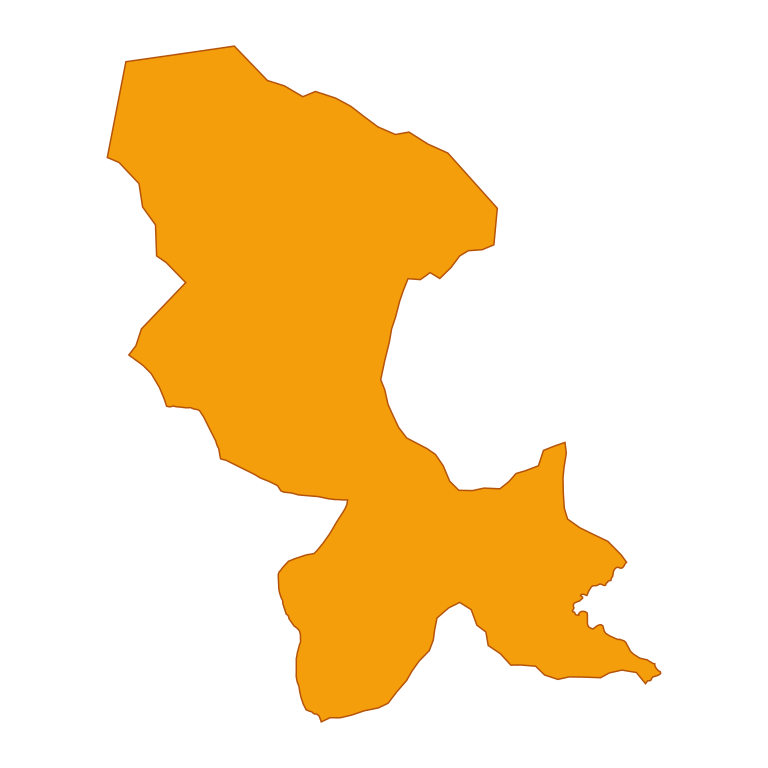 outline of Bahr-Köh, Moyen-Chari, Chad
{"feature_id": "50815135B48101754695472", "entity_name": "Bahr-Köh", "entity_type": "district", "adm_level": 2, "iso_a3": "TCD", "parent_name": "Chad", "parent_adm1": "Moyen-Chari", "projection": "orthographic", "projection_center": [18.409, 9.514], "detail": "fine", "context": "isolated", "style": "filled", "palette": "amber", "viewbox_px": 768, "rotation_deg": 0, "n_neighbors": 0, "source": "geoboundaries", "source_scale": "gbopen_adm2", "svg_char_len": 5368}
<svg xmlns="http://www.w3.org/2000/svg" viewBox="0 0 768 768"><path d="M141.4,329.0L135.9,345.8L132.5,350.2L128.8,355.0L142.9,365.3L151.3,373.7L159.4,387.4L164.2,398.9L166.6,406.2L167.0,406.3L168.8,406.7L169.0,406.7L169.9,406.9L173.1,406.1L176.6,406.8L181.6,407.2L182.5,407.4L184.6,407.6L185.2,407.7L186.1,407.8L187.6,407.8L188.0,407.8L190.6,407.6L192.6,408.5L193.8,409.0L195.4,409.2L197.5,409.6L199.5,410.6L203.8,417.1L205.1,419.8L207.9,425.4L210.1,429.8L211.0,431.7L211.4,432.4L212.3,434.1L213.2,436.0L215.8,441.1L216.1,442.4L216.3,443.0L216.4,443.3L216.9,444.9L217.6,446.5L218.7,448.5L219.8,455.0L220.3,457.7L220.6,458.8L223.7,459.7L223.9,459.7L226.1,460.3L226.5,460.5L229.1,461.8L243.6,469.0L254.1,474.2L260.4,478.0L264.2,479.5L268.5,481.2L268.8,481.4L269.0,481.4L275.9,484.8L277.6,485.7L280.8,490.8L283.0,491.8L283.6,492.1L284.7,492.2L291.6,493.0L295.3,494.0L298.4,494.9L309.8,495.9L311.2,496.0L314.9,496.3L317.7,496.5L321.6,497.3L326.8,498.4L328.6,498.8L331.6,499.1L335.5,499.6L339.1,499.6L341.9,499.9L347.6,499.9L346.8,504.8L345.2,508.4L343.2,511.8L336.5,522.2L332.4,529.3L331.0,531.6L329.5,534.1L322.6,543.8L321.7,544.8L321.0,545.7L317.5,550.0L316.7,550.9L316.7,551.0L315.9,551.7L314.2,553.3L313.9,553.6L310.6,554.2L307.8,554.6L305.0,555.3L295.1,558.6L288.4,561.3L287.4,562.5L286.7,563.1L285.6,564.3L282.8,567.4L282.1,568.3L280.4,570.7L279.5,571.5L279.4,571.5L278.2,574.5L278.3,575.5L278.3,578.0L278.7,585.6L278.7,587.0L278.8,588.9L279.5,592.5L279.7,593.3L280.0,594.1L281.0,597.3L281.6,598.6L282.6,600.4L282.9,603.9L284.5,608.7L285.7,612.4L286.1,613.9L286.3,614.1L286.9,614.5L287.2,614.8L287.9,615.3L288.6,616.7L289.0,618.7L294.0,625.9L297.2,628.3L299.2,630.6L299.4,630.8L299.7,631.8L300.4,634.4L300.5,640.6L300.6,641.9L300.6,642.0L300.1,643.2L299.6,644.3L299.3,645.5L298.8,647.4L297.8,651.1L297.4,652.4L296.7,656.8L296.5,657.5L296.3,658.3L296.3,661.9L296.3,672.6L296.2,675.7L296.2,676.6L296.3,677.0L296.8,680.0L297.3,682.2L298.2,684.3L298.9,686.5L299.2,688.0L299.7,691.4L301.2,698.1L301.6,699.2L302.9,703.0L303.3,704.2L304.1,705.7L306.1,709.8L310.0,711.4L311.2,711.6L311.4,711.7L311.5,711.7L313.4,713.3L314.4,714.0L316.5,714.0L317.6,714.7L319.2,716.2L320.9,720.8L321.3,721.9L330.0,717.7L340.0,717.8L351.6,715.1L364.2,710.8L378.4,707.9L388.0,703.3L396.8,691.8L406.6,680.5L412.1,670.9L419.0,661.2L429.3,650.6L433.3,640.0L434.6,630.1L437.0,618.0L448.8,607.8L459.7,602.4L471.2,609.6L476.9,625.2L485.9,632.0L488.2,645.5L500.4,653.7L510.8,665.1L520.7,665.0L535.6,666.2L544.6,675.0L557.9,679.4L569.1,676.9L583.7,677.1L600.6,677.7L609.4,672.9L621.9,670.1L636.4,672.5L645.5,683.7L647.6,680.8L650.1,680.7L650.9,680.0L651.1,679.9L651.2,679.6L652.0,677.9L653.1,676.9L653.3,676.8L657.7,675.5L660.1,674.1L660.7,673.2L660.4,671.8L659.3,671.2L658.6,670.9L657.4,669.6L656.2,668.3L655.0,665.9L654.8,665.5L654.8,663.8L653.0,663.5L650.8,662.1L650.7,662.1L647.1,659.8L646.9,659.7L646.7,659.7L643.6,659.1L643.3,659.0L639.3,658.0L639.3,657.9L633.3,654.0L630.4,651.2L629.4,649.2L626.3,643.4L625.8,642.3L625.0,641.7L624.0,640.8L619.1,639.2L618.8,639.4L618.1,639.6L614.6,638.1L614.1,637.9L609.0,635.5L606.5,633.8L605.6,633.2L605.1,632.4L604.3,631.3L602.9,625.9L601.0,624.7L599.6,624.8L597.3,625.7L595.3,627.2L592.9,629.0L591.3,628.4L590.8,628.2L588.4,626.7L587.5,624.1L587.4,621.9L587.4,621.7L587.4,617.5L587.4,614.8L587.2,613.0L586.0,612.2L585.4,611.7L583.1,611.3L581.4,611.5L581.2,611.5L579.6,612.6L578.6,614.1L578.8,615.2L578.3,615.1L578.0,615.0L577.8,615.0L577.1,615.0L576.4,615.0L575.8,614.7L575.4,614.4L574.5,612.2L573.5,612.0L572.7,611.8L572.4,611.1L573.6,608.7L574.0,607.9L573.8,607.5L573.4,606.5L573.4,604.6L574.3,603.1L578.2,601.3L579.1,601.3L580.7,599.9L582.6,598.3L582.6,598.0L582.6,597.7L582.6,597.4L582.6,597.2L582.0,596.7L581.2,596.2L580.9,595.9L580.5,595.4L581.1,594.8L581.4,594.4L583.6,594.3L586.9,595.5L587.7,593.5L589.1,590.4L590.7,587.9L591.4,586.8L591.8,586.6L592.8,585.8L594.7,585.7L596.3,585.7L599.7,584.1L601.4,584.2L602.9,585.0L603.0,585.0L603.4,585.2L604.5,585.5L604.7,585.4L605.6,585.2L605.9,584.1L606.0,583.9L606.2,583.1L607.5,582.4L608.3,580.9L610.6,580.5L610.8,580.5L610.9,580.1L611.1,579.3L611.4,578.1L612.7,576.3L613.5,571.2L613.8,570.7L614.8,568.9L616.0,567.9L616.5,567.5L617.7,567.4L618.6,567.3L618.9,567.5L619.0,567.6L620.4,568.2L621.2,568.1L622.3,567.9L622.6,567.6L623.6,566.6L625.3,563.5L626.6,562.3L626.5,562.2L621.3,555.0L607.9,541.4L593.1,534.3L579.7,527.7L567.6,519.1L564.3,508.3L563.3,493.0L563.0,477.8L564.0,467.5L566.3,453.2L565.0,442.4L554.3,446.1L543.5,450.4L538.4,465.8L525.5,470.7L516.1,473.5L508.9,481.6L499.9,488.8L484.0,488.1L472.5,490.6L458.8,490.3L449.7,481.2L443.2,465.8L435.4,454.4L427.0,448.6L417.8,443.8L406.7,438.0L398.6,427.4L393.0,415.5L388.0,404.4L384.8,389.8L380.7,379.7L384.7,360.9L389.4,341.9L391.6,328.9L395.5,317.3L399.7,301.1L403.2,290.8L408.0,278.7L420.4,279.6L430.1,272.6L439.8,278.5L451.1,267.4L459.6,256.0L468.3,250.7L482.2,249.7L493.9,244.8L497.3,208.3L447.9,153.1L427.9,144.1L409.0,132.1L395.4,134.5L377.9,126.9L363.7,116.3L350.8,106.3L335.6,98.1L315.4,91.5L302.8,96.7L284.6,86.0L267.4,80.5L234.3,46.1L187.4,52.9L125.9,61.7L107.3,157.5L117.7,161.9L119.1,162.5L127.6,171.6L139.0,183.6L142.6,207.0L155.5,224.9L155.6,227.4L156.5,252.8L156.6,255.9L165.7,262.2L166.3,262.6L166.5,262.8L168.3,264.7L185.7,282.6L142.1,328.2L141.8,328.5L141.4,328.9L141.4,329.0Z" fill="#f59e0b" stroke="#b45309" stroke-width="1.5"/></svg>